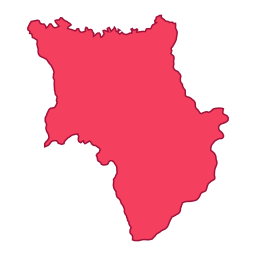 Irituia, Pará, Brazil (orthographic projection)
{"feature_id": "56859067B38485499919925", "entity_name": "Irituia", "entity_type": "district", "adm_level": 2, "iso_a3": "BRA", "parent_name": "Brazil", "parent_adm1": "Pará", "projection": "orthographic", "projection_center": [-47.41, -1.836], "detail": "fine", "context": "isolated", "style": "filled", "palette": "rose", "viewbox_px": 256, "rotation_deg": 0, "n_neighbors": 0, "source": "geoboundaries", "source_scale": "gbopen_adm2", "svg_char_len": 5417}
<svg xmlns="http://www.w3.org/2000/svg" viewBox="0 0 256 256"><path d="M175.5,23.3L173.6,23.5L172.6,22.3L171.1,22.3L169.5,22.4L168.4,21.6L166.9,21.3L165.5,21.0L164.3,19.7L162.8,18.6L161.3,17.5L161.4,15.4L159.8,15.4L158.2,16.3L156.3,17.2L156.0,19.1L154.8,20.5L154.9,22.1L156.4,22.7L154.3,24.1L152.8,24.8L151.7,26.3L151.4,27.9L149.9,28.9L148.3,28.7L146.4,28.9L145.3,31.5L142.4,31.4L140.1,31.8L138.5,32.0L136.6,32.2L136.7,30.9L137.7,30.0L136.8,28.9L134.8,30.0L133.3,30.0L132.4,28.5L131.0,29.2L132.0,31.3L131.6,33.2L130.0,33.0L128.4,33.9L126.4,34.5L123.9,34.1L121.9,32.2L120.9,33.2L119.8,34.1L118.5,33.0L118.0,31.4L116.1,31.4L115.6,28.9L114.4,27.2L113.7,28.9L112.7,29.7L111.0,31.3L110.5,29.8L109.2,27.5L107.3,28.5L107.5,30.0L108.3,31.7L106.3,31.1L104.5,30.3L103.1,30.6L103.6,32.4L104.2,34.1L103.1,35.3L102.5,36.5L101.1,37.4L100.5,36.2L100.2,34.4L99.2,33.0L97.4,33.2L96.3,34.1L95.0,35.2L93.6,36.3L93.5,34.8L93.8,33.4L92.6,31.9L91.8,29.9L90.6,29.4L88.2,30.0L87.4,28.0L86.1,27.3L85.3,28.9L85.3,31.3L83.6,31.8L81.7,32.4L79.9,31.6L79.0,30.1L78.6,28.7L77.1,28.8L75.6,30.9L73.3,30.3L71.5,29.5L69.8,29.2L67.6,28.4L68.0,27.1L69.5,26.1L71.1,24.9L69.9,23.5L68.6,22.8L67.4,21.8L66.3,21.2L64.6,20.5L63.0,19.1L62.0,17.9L60.6,17.8L59.1,19.9L56.6,20.0L55.1,20.5L55.4,21.8L57.0,23.9L59.1,26.1L56.6,27.4L54.6,27.7L53.3,27.1L50.9,23.9L49.5,24.1L48.1,26.4L46.2,28.0L45.5,25.8L44.1,24.1L42.0,24.1L40.3,23.4L39.0,20.7L37.2,20.2L35.4,20.7L33.5,21.0L31.2,21.5L30.0,23.3L27.8,27.9L27.9,29.8L29.9,31.4L29.6,33.3L31.6,33.9L32.2,35.7L32.4,37.5L34.0,38.1L37.1,40.1L37.3,41.7L36.9,43.9L37.2,45.4L38.2,49.2L38.1,52.0L38.6,54.3L40.2,56.2L42.7,57.4L44.3,58.0L46.8,59.6L49.3,63.4L51.0,65.1L52.8,68.6L54.2,72.3L53.5,73.8L53.5,75.5L53.2,77.8L54.4,79.9L54.4,81.3L54.2,82.7L54.3,84.3L54.3,86.0L54.5,88.3L54.5,89.7L55.1,92.1L55.3,94.2L56.7,96.0L57.2,97.3L56.4,100.3L56.8,101.7L57.1,103.1L56.4,104.3L55.9,105.6L54.4,107.7L50.4,108.3L48.9,109.7L48.0,111.6L47.0,113.7L46.3,115.9L45.2,117.9L45.3,119.9L45.2,121.4L46.1,122.8L46.6,124.7L45.9,128.1L46.5,130.8L48.2,134.0L48.7,135.4L49.0,137.8L47.6,140.3L45.9,141.9L44.7,143.7L44.7,146.8L47.0,145.9L48.5,145.1L49.4,144.1L50.4,142.9L51.6,141.4L53.2,140.8L55.0,140.6L56.4,140.8L57.6,141.7L58.3,143.3L59.8,143.7L61.9,144.3L63.9,143.6L64.5,141.5L65.4,140.4L66.8,139.0L68.2,137.6L69.6,136.9L71.1,135.7L72.3,135.0L73.7,134.7L75.5,134.2L77.7,134.0L78.2,135.5L78.8,136.7L78.3,138.0L78.2,139.6L78.8,141.5L80.7,142.7L81.9,141.8L83.3,140.9L83.8,142.4L85.0,143.7L87.0,142.6L89.5,141.0L91.1,142.4L91.6,143.8L92.6,144.7L94.1,145.5L95.4,145.4L96.8,146.4L98.0,147.3L99.2,148.0L100.2,149.6L99.1,152.5L97.4,153.6L96.3,155.3L97.1,157.0L97.6,160.0L98.4,161.2L99.7,161.8L100.8,162.8L101.3,164.2L102.9,164.9L104.3,165.0L107.4,164.4L108.3,163.2L108.9,161.7L110.1,160.8L111.9,160.6L113.0,161.4L114.0,162.3L115.4,164.5L116.3,165.9L116.8,167.4L116.9,169.4L117.0,171.5L117.0,173.5L116.0,174.9L115.4,176.8L114.3,178.3L113.5,179.4L113.7,181.8L113.4,184.2L113.4,185.8L113.8,187.8L114.4,189.2L115.2,190.5L116.2,191.9L116.1,193.5L116.5,195.3L117.3,197.4L118.7,198.4L120.0,199.9L120.8,201.7L121.2,203.3L122.6,205.0L124.0,207.8L124.4,209.3L124.3,211.4L124.7,213.0L125.6,214.6L126.5,215.8L126.7,217.4L127.6,219.1L127.6,220.6L129.0,222.1L128.9,223.7L129.7,225.4L130.6,226.5L131.0,228.0L130.1,229.8L130.0,231.4L130.1,232.9L131.0,234.0L132.4,235.5L132.7,237.6L132.5,239.8L134.7,240.6L138.8,240.6L140.9,240.0L143.0,239.6L145.7,239.6L147.8,239.8L150.2,239.5L152.3,238.9L153.5,237.5L155.1,235.9L156.5,234.0L158.1,233.1L160.0,231.9L161.6,230.6L163.2,229.8L164.7,229.2L166.5,227.8L167.6,226.4L168.8,223.7L169.4,221.9L171.9,217.0L174.0,216.0L178.7,213.3L179.8,211.9L180.4,210.3L180.5,208.4L181.2,206.4L182.4,202.9L184.0,202.1L185.6,201.6L190.6,201.3L192.5,201.0L195.3,200.4L197.0,199.6L198.2,198.4L199.2,197.0L200.0,195.4L200.6,193.8L201.7,192.7L203.1,192.0L204.9,191.3L206.0,190.4L206.5,189.0L207.0,187.3L207.3,186.0L208.3,183.7L209.9,182.3L211.0,181.3L213.6,179.8L214.7,179.0L214.8,177.4L214.3,174.6L214.5,173.0L214.5,171.4L215.0,168.6L215.7,167.0L216.3,165.4L216.8,164.0L216.9,162.6L216.7,161.0L216.1,159.6L215.8,156.3L214.5,153.5L212.4,151.5L211.0,150.6L210.7,149.2L210.9,147.7L211.3,145.9L211.8,144.7L213.9,142.1L215.0,140.9L216.4,140.0L218.0,139.2L219.3,138.6L220.9,138.6L222.4,138.2L223.5,136.8L223.5,135.3L222.9,134.0L222.2,132.9L220.8,131.5L219.7,130.7L218.9,129.4L218.6,127.8L218.8,126.4L219.6,125.0L221.0,124.0L223.3,123.2L225.5,122.4L226.9,121.4L228.0,120.3L228.2,118.8L228.1,117.4L227.2,116.1L226.0,115.2L224.5,114.6L223.0,113.6L222.8,112.2L223.0,110.5L223.4,108.8L222.1,108.3L219.0,108.1L215.6,108.4L214.1,108.7L212.7,109.4L211.6,110.6L210.3,111.7L208.5,112.3L206.6,111.7L203.4,112.6L201.8,113.5L200.2,113.3L199.3,112.0L197.5,109.5L196.3,108.7L195.7,107.4L195.3,105.9L195.3,104.2L195.0,102.5L194.3,101.2L190.6,98.1L189.4,97.4L187.4,96.9L185.5,95.9L185.3,94.5L185.3,92.3L185.1,90.0L184.1,88.9L183.3,87.6L182.6,86.2L182.4,84.4L181.3,83.0L180.5,81.6L180.3,79.8L180.4,78.2L180.8,76.6L180.6,75.2L179.8,74.0L177.9,71.6L176.7,71.0L175.2,70.3L174.1,69.2L173.5,67.6L173.3,66.0L173.8,64.7L173.8,63.0L173.5,61.5L173.7,60.0L174.0,58.6L174.0,57.3L173.4,55.9L170.9,53.7L171.3,52.2L171.8,50.5L171.2,49.3L171.3,47.9L172.3,46.9L173.2,45.5L174.8,42.7L175.4,41.4L176.1,39.8L176.7,36.2L177.0,34.1L177.2,32.2L176.8,30.8L175.6,28.2L175.5,26.8L175.7,25.4L175.5,23.3ZM118.0,31.4L119.9,30.3L118.3,29.3L118.0,31.4Z" fill="#f43f5e" stroke="#9f1239" stroke-width="1.5"/></svg>